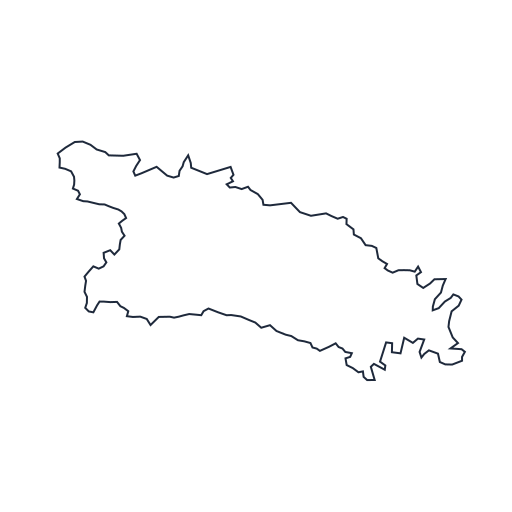 the district of Quatro Irmãos, Rio Grande do Sul, Brazil, rotated 250°
{"feature_id": "56859067B55924699188620", "entity_name": "Quatro Irmãos", "entity_type": "district", "adm_level": 2, "iso_a3": "BRA", "parent_name": "Brazil", "parent_adm1": "Rio Grande do Sul", "projection": "equal_earth", "projection_center": [-52.476, -27.847], "detail": "fine", "context": "isolated", "style": "outline", "palette": "slate", "viewbox_px": 512, "rotation_deg": 250, "n_neighbors": 0, "source": "geoboundaries", "source_scale": "gbopen_adm2", "svg_char_len": 2820}
<svg xmlns="http://www.w3.org/2000/svg" viewBox="0 0 512 512"><g transform="rotate(250 256 256)"><path d="M420.1,104.7L414.9,105.0L411.1,103.6L406.3,101.6L403.2,106.5L398.8,111.2L392.7,112.1L389.0,111.1L385.3,109.5L382.0,107.0L378.2,111.1L374.2,111.6L370.8,107.2L366.6,112.4L364.9,116.3L362.1,120.5L358.2,126.4L356.2,131.4L353.3,134.5L350.0,138.3L346.8,142.5L343.9,144.9L340.4,146.6L336.1,146.9L334.9,142.5L333.4,138.2L328.6,138.9L324.7,138.3L320.0,139.4L317.4,134.3L313.6,132.1L309.0,129.8L305.8,123.4L311.3,121.0L311.1,113.9L305.8,112.4L301.2,113.2L298.4,109.2L297.9,103.9L301.9,99.6L298.6,93.5L295.3,87.8L290.8,87.8L286.5,85.4L281.0,82.6L275.4,83.2L269.7,81.0L265.7,77.8L261.1,79.9L258.7,83.9L264.0,89.8L266.7,93.4L265.1,97.6L262.5,103.3L260.4,109.7L255.2,111.4L252.4,114.1L247.8,117.1L243.6,114.1L240.8,119.5L238.6,126.5L234.2,131.8L227.2,133.3L232.0,143.8L228.4,154.3L226.1,157.9L225.4,162.6L225.0,167.7L224.3,173.4L221.6,179.1L219.1,184.3L222.1,187.9L222.9,193.4L216.0,201.2L210.4,208.1L209.0,212.5L204.4,221.0L198.1,227.7L193.7,232.6L186.8,236.4L186.2,245.5L178.5,249.6L171.9,257.0L168.7,261.8L162.5,266.6L159.3,272.2L155.6,277.4L150.7,277.8L148.2,281.4L145.0,283.6L145.7,293.5L146.7,301.0L142.2,302.5L139.5,305.6L135.3,307.1L131.9,312.8L129.0,310.0L129.2,305.1L122.5,303.9L117.6,308.6L111.7,312.5L111.0,317.0L105.6,315.8L101.4,318.0L98.9,325.1L112.6,326.0L114.3,329.9L105.1,338.1L108.9,340.1L114.3,336.4L130.3,348.7L127.5,354.1L119.1,350.8L115.1,358.5L128.5,367.3L120.7,373.7L123.0,379.9L120.0,385.5L109.9,376.9L104.0,376.7L106.4,380.6L108.2,386.2L102.0,393.6L93.5,392.5L89.4,396.8L86.9,403.2L87.1,413.8L90.7,415.1L94.5,419.5L98.1,417.3L100.2,412.6L102.6,407.1L105.1,416.0L112.2,413.0L123.5,412.6L128.7,415.2L137.1,420.9L140.0,429.5L144.7,434.2L148.7,432.5L152.4,428.3L150.0,424.6L148.6,417.9L144.5,409.9L144.5,403.5L148.0,404.9L154.2,409.3L158.4,417.3L164.3,421.4L169.5,426.3L173.1,415.7L170.6,410.1L168.8,402.2L174.5,398.1L182.9,400.0L184.4,405.5L190.6,404.7L187.0,399.8L190.0,395.6L192.1,390.2L193.9,385.0L193.6,378.7L197.3,374.9L200.6,372.7L203.7,376.4L207.9,372.9L212.0,370.1L222.4,371.8L225.9,368.3L228.7,362.7L236.8,360.7L242.7,355.3L247.7,356.7L255.0,351.9L260.0,353.9L262.9,351.1L263.1,345.5L267.7,340.6L272.1,336.4L275.0,321.4L282.2,312.3L288.3,309.6L294.0,307.1L298.8,286.5L301.6,280.5L306.5,281.4L313.5,278.9L319.9,273.4L323.8,272.2L323.8,265.4L327.9,260.2L329.3,254.8L333.4,253.0L334.1,259.9L338.0,259.0L340.0,262.6L348.4,262.6L349.7,238.0L361.1,225.3L365.7,226.5L373.8,226.7L368.9,220.2L365.4,217.7L362.2,213.3L357.6,210.8L357.9,205.4L361.9,200.0L373.8,193.1L372.9,176.6L372.8,170.0L377.4,169.7L381.6,174.2L385.8,179.8L392.9,178.8L395.6,165.5L400.9,152.1L405.2,149.9L410.6,142.7L417.1,138.5L422.8,132.3L425.1,124.7L423.0,114.1L420.1,104.7Z" fill="none" stroke="#1e293b" stroke-width="2"/></g></svg>